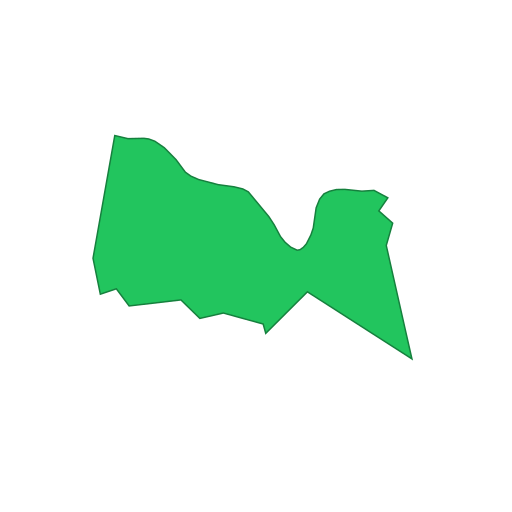 outline of Gallatin, Kentucky, United States of America, rotated 40°
{"feature_id": "52423323B123232647985", "entity_name": "Gallatin", "entity_type": "district", "adm_level": 2, "iso_a3": "USA", "parent_name": "United States of America", "parent_adm1": "Kentucky", "projection": "mercator", "projection_center": [-84.857, 38.761], "detail": "fine", "context": "isolated", "style": "filled", "palette": "green", "viewbox_px": 512, "rotation_deg": 40, "n_neighbors": 0, "source": "geoboundaries", "source_scale": "gbopen_adm2", "svg_char_len": 766}
<svg xmlns="http://www.w3.org/2000/svg" viewBox="0 0 512 512"><g transform="rotate(40 256 256)"><path d="M304.2,129.9L295.4,138.3L281.2,147.9L274.9,153.4L270.7,159.1L268.1,164.7L268.2,171.5L271.1,180.4L281.9,197.8L284.5,204.5L286.8,214.3L286.7,219.0L285.6,223.0L283.8,225.1L276.9,226.9L269.4,226.8L262.3,225.4L249.8,220.4L240.6,217.6L208.9,211.8L202.8,213.1L194.7,217.1L181.1,225.7L162.9,234.3L154.7,236.7L148.0,237.2L132.8,233.6L116.2,232.0L104.7,233.1L98.6,235.3L94.5,237.9L82.5,248.4L70.4,254.5L132.6,362.5L161.3,385.3L170.1,370.9L190.9,375.8L226.7,337.9L253.1,339.9L267.6,320.7L305.2,303.5L313.2,309.0L318.4,250.4L441.6,234.6L418.5,217.1L349.0,164.2L339.6,143.0L321.1,142.5L319.6,126.7L304.2,129.9Z" fill="#22c55e" stroke="#15803d" stroke-width="1.5"/></g></svg>